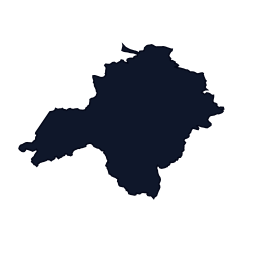 the district of Saboeiro, Ceará, Brazil, rotated 224°
{"feature_id": "56859067B30594238017087", "entity_name": "Saboeiro", "entity_type": "district", "adm_level": 2, "iso_a3": "BRA", "parent_name": "Brazil", "parent_adm1": "Ceará", "projection": "mercator", "projection_center": [-39.88, -6.458], "detail": "fine", "context": "isolated", "style": "filled", "palette": "ink", "viewbox_px": 256, "rotation_deg": 224, "n_neighbors": 0, "source": "geoboundaries", "source_scale": "gbopen_adm2", "svg_char_len": 5607}
<svg xmlns="http://www.w3.org/2000/svg" viewBox="0 0 256 256"><g transform="rotate(224 128 128)"><path d="M167.0,37.1L167.1,38.6L168.0,39.6L167.6,40.8L167.6,42.1L166.7,43.5L166.2,44.6L165.5,45.5L165.1,46.5L164.4,47.8L164.1,49.4L162.3,50.8L160.5,51.1L160.4,52.3L160.0,53.3L159.6,55.1L160.5,56.5L159.5,58.0L158.2,57.8L156.8,57.7L156.5,59.3L155.7,61.0L155.8,62.3L154.8,64.1L155.2,66.1L153.9,66.9L152.4,66.7L151.4,67.7L150.0,68.3L149.6,69.9L151.1,71.0L151.3,72.5L151.7,73.8L151.0,76.3L150.4,77.2L150.1,78.5L148.8,79.6L148.3,81.1L147.4,82.2L146.7,83.6L145.7,85.4L146.6,86.4L146.5,88.0L145.6,89.6L144.9,90.5L143.6,91.5L141.5,91.6L139.6,91.2L138.0,91.8L136.4,92.3L134.7,93.5L133.0,93.5L131.2,93.5L130.1,94.4L129.0,95.0L128.2,93.4L126.4,93.4L125.2,93.0L123.7,92.6L122.4,91.8L121.4,91.2L119.9,91.1L119.5,90.0L118.2,89.5L118.9,88.5L117.7,85.5L116.0,85.7L115.1,84.7L114.1,84.5L112.5,83.8L110.8,82.7L109.7,82.0L108.6,82.5L107.5,82.5L106.4,82.4L105.5,82.8L104.2,83.2L102.7,83.9L101.1,84.1L100.1,84.7L99.2,83.6L98.3,82.4L97.1,82.2L95.8,81.3L94.7,80.7L93.5,80.7L92.6,81.3L91.1,82.2L90.2,83.0L88.3,82.8L87.0,82.7L85.8,82.0L85.2,83.0L84.2,82.5L83.0,82.2L81.8,81.4L80.0,82.2L78.1,83.5L76.8,84.3L76.1,85.4L76.7,86.9L73.8,88.9L73.7,89.9L73.4,91.2L72.4,92.3L71.2,93.2L70.3,94.0L68.7,94.9L68.2,93.6L66.9,93.3L65.5,94.2L64.6,95.3L63.3,95.5L61.9,95.3L60.6,95.2L61.1,96.4L60.8,97.8L60.6,99.2L61.6,101.3L62.3,102.9L62.8,104.2L63.2,105.6L63.9,107.2L65.1,108.3L66.1,108.6L67.0,109.1L67.5,110.3L68.2,112.2L69.2,113.5L70.7,114.4L72.6,114.8L74.2,115.5L75.7,116.4L76.7,117.2L77.6,118.0L78.9,118.4L80.3,119.9L80.7,121.8L78.9,122.0L77.4,121.6L75.9,122.5L75.0,123.8L74.0,125.3L73.7,126.5L73.1,127.4L73.4,128.4L72.8,130.1L73.1,131.3L73.9,132.7L72.6,133.7L71.6,135.0L71.0,136.5L71.5,138.1L70.3,139.3L70.7,140.6L71.4,141.3L71.0,142.4L70.0,143.4L70.2,144.4L70.5,145.8L71.5,147.1L72.8,148.2L72.4,149.7L72.5,151.0L73.6,151.8L74.8,153.3L76.0,154.4L76.4,157.3L78.9,157.6L79.7,158.4L79.7,160.3L78.8,161.6L78.3,163.4L78.5,164.5L80.1,165.9L80.0,168.2L81.0,170.2L81.2,171.2L81.5,172.8L80.0,173.7L78.5,174.5L77.5,175.0L76.5,175.7L77.0,176.9L78.6,177.1L79.8,177.4L79.3,178.4L77.6,179.5L76.1,180.1L73.8,181.7L72.4,182.4L71.2,183.4L70.3,187.5L71.1,188.6L73.1,188.7L74.2,188.5L75.3,188.7L76.8,189.4L77.3,191.3L77.7,192.8L77.3,194.5L75.1,197.4L74.4,199.3L73.7,200.6L72.7,201.3L71.6,203.5L71.2,204.6L71.3,206.2L72.3,206.6L73.3,206.2L72.3,208.1L73.8,209.0L75.9,207.2L76.7,205.6L79.8,205.6L80.6,206.8L81.9,206.6L83.7,205.6L85.4,205.9L86.6,207.4L88.1,209.8L89.2,210.9L90.1,209.8L91.5,209.5L93.0,209.4L94.6,208.7L95.8,207.9L95.9,206.3L96.3,205.2L98.1,205.2L99.6,204.6L100.0,206.0L99.7,207.0L99.4,208.1L98.8,209.4L97.7,210.5L99.3,210.3L100.7,210.7L101.4,211.6L101.7,213.0L102.7,213.6L104.0,213.8L104.3,215.0L104.6,216.1L105.9,216.1L107.6,216.9L108.7,217.3L109.9,218.0L111.0,218.4L111.7,219.5L112.8,219.2L113.8,217.9L114.5,216.7L115.1,215.7L116.2,214.7L117.5,214.5L119.3,213.9L120.3,213.2L121.2,212.4L122.1,211.4L123.5,211.3L125.4,211.0L126.8,209.8L128.9,209.0L130.0,208.3L131.0,207.8L131.9,207.3L132.7,206.8L134.0,205.9L134.9,205.3L136.5,204.7L136.2,205.8L135.2,206.8L135.2,208.1L136.4,208.1L138.0,207.7L139.2,206.9L139.8,208.1L141.4,207.7L142.8,207.3L143.7,206.1L144.9,206.3L145.5,207.5L148.2,207.8L149.2,208.5L149.8,210.0L150.2,211.5L150.4,212.8L150.1,214.2L150.9,215.4L151.9,214.5L153.9,213.6L155.5,212.8L156.7,212.3L157.7,211.8L159.2,210.8L159.9,209.9L160.9,208.9L163.1,206.8L164.1,205.7L165.4,205.2L167.7,204.7L168.8,204.2L170.0,202.4L171.0,201.3L171.6,200.0L171.7,197.2L170.8,196.0L170.3,194.6L170.9,193.4L171.9,192.4L172.8,191.4L172.1,189.5L173.1,189.2L174.4,189.0L176.0,188.3L177.0,187.6L178.0,187.1L179.2,186.5L180.5,185.8L182.1,185.2L185.7,184.2L189.5,184.4L188.4,183.6L187.9,182.6L187.3,181.7L186.8,180.8L186.2,179.7L184.6,180.3L183.4,181.0L182.5,181.7L180.9,182.9L179.1,183.8L177.5,185.0L176.6,185.8L175.5,186.4L174.1,187.0L172.6,187.8L171.3,186.2L172.5,184.8L173.0,183.2L172.3,182.0L175.0,179.4L175.8,178.1L176.2,176.9L175.6,175.9L174.4,175.6L173.3,174.5L175.4,173.3L177.1,172.7L178.4,173.2L180.1,172.2L179.6,170.7L180.5,168.2L180.7,166.8L181.6,166.1L183.4,165.7L184.5,164.3L184.8,162.4L185.1,161.2L186.0,160.3L187.1,159.3L188.3,158.5L188.3,157.0L187.1,156.7L185.8,156.5L184.8,155.5L183.8,153.9L182.5,152.5L182.1,151.4L181.1,151.2L180.6,150.0L180.6,148.1L181.5,146.3L182.9,145.1L185.1,144.1L187.1,143.1L188.2,142.5L189.4,141.2L188.4,140.1L186.8,139.2L185.8,138.8L185.0,137.9L184.5,136.9L183.4,136.8L182.3,136.1L181.3,135.1L180.1,134.7L178.7,134.2L177.3,133.5L176.1,132.5L175.0,132.3L174.2,131.6L173.8,130.6L173.2,129.4L173.0,128.3L173.2,127.0L173.6,125.4L174.7,123.9L175.1,122.2L174.0,121.1L172.2,118.6L171.6,117.3L172.1,116.3L171.7,114.8L172.1,113.5L171.3,111.6L172.0,110.3L172.6,109.4L173.7,108.5L174.8,107.6L175.9,107.0L177.5,106.8L178.6,105.6L179.5,104.4L180.2,103.2L181.8,102.1L183.1,101.8L184.0,100.2L184.2,98.8L184.6,97.8L185.9,97.4L187.1,96.5L188.8,96.4L189.1,95.1L190.1,94.5L190.6,93.6L191.9,92.3L193.6,91.8L192.9,89.9L193.4,88.0L194.4,86.7L195.4,85.4L191.1,60.7L190.4,59.7L189.1,60.3L188.0,58.8L188.0,57.6L187.2,56.5L186.4,55.8L186.3,54.4L186.7,52.7L186.4,51.3L186.9,50.1L188.1,49.2L189.2,48.2L190.2,47.5L191.1,46.4L191.9,44.2L192.3,42.6L193.1,41.4L193.2,40.1L192.8,38.8L192.1,37.5L191.0,37.2L188.3,37.5L187.1,38.2L186.4,39.1L186.4,40.3L186.8,42.4L185.9,42.8L184.3,43.6L181.7,44.8L180.6,45.1L180.1,46.3L179.7,47.3L179.2,49.0L177.0,48.6L176.8,47.2L176.6,45.6L176.3,44.1L175.6,42.4L175.8,40.5L175.7,38.7L174.4,38.2L173.9,36.8L172.8,36.8L171.6,36.9L170.2,36.5L169.2,37.1L167.0,37.1Z" fill="#0f172a" stroke="#020617" stroke-width="1.5"/></g></svg>